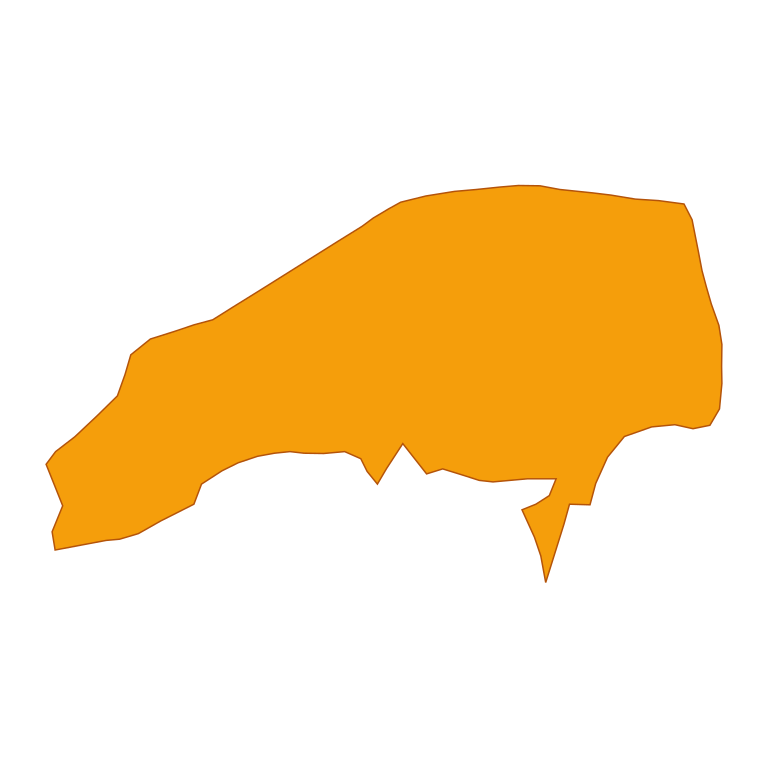 the district of Raposa, Brazil
{"feature_id": "56859067B6565916351535", "entity_name": "Raposa", "entity_type": "district", "adm_level": 2, "iso_a3": "BRA", "parent_name": "Brazil", "parent_adm1": "", "projection": "robinson", "projection_center": [-44.091, -2.442], "detail": "fine", "context": "isolated", "style": "filled", "palette": "amber", "viewbox_px": 768, "rotation_deg": 0, "n_neighbors": 0, "source": "geoboundaries", "source_scale": "gbopen_adm2", "svg_char_len": 1191}
<svg xmlns="http://www.w3.org/2000/svg" viewBox="0 0 768 768"><path d="M545.7,582.5L564.0,524.0L569.5,504.2L590.0,504.8L595.7,483.5L607.5,457.2L624.4,436.5L651.7,426.9L674.9,424.7L693.0,428.7L709.9,425.3L719.5,408.9L721.9,383.5L721.6,366.5L721.9,344.5L718.9,325.4L711.3,304.0L706.3,286.7L702.0,270.6L698.4,251.7L695.2,235.6L692.1,219.8L684.0,204.0L658.5,200.6L635.3,199.1L611.0,195.1L592.7,192.9L559.9,189.5L540.0,185.8L518.4,185.5L500.4,187.0L476.3,189.5L454.5,191.4L425.8,196.0L400.7,202.2L388.9,208.7L373.3,218.0L362.1,226.3L338.1,241.2L263.3,288.2L232.9,307.1L212.7,319.8L194.4,324.7L174.2,331.5L150.4,339.0L130.8,354.8L125.0,374.6L117.4,395.9L96.9,416.0L74.8,436.8L55.6,451.6L46.1,464.3L54.8,486.0L62.7,505.8L52.1,531.8L55.1,550.0L84.3,544.5L106.2,540.4L119.6,539.2L138.4,533.6L160.8,520.9L193.9,504.2L201.5,484.1L222.0,470.8L238.1,462.8L257.5,456.3L274.5,453.2L290.0,451.6L304.0,453.2L323.6,453.5L344.7,451.6L360.8,458.7L367.1,471.4L377.4,484.1L386.7,468.3L402.8,443.6L426.6,473.9L442.7,468.9L460.8,474.5L479.3,480.4L493.0,481.9L527.4,478.8L556.1,478.8L549.3,495.6L535.9,504.2L522.0,509.8L534.5,537.3L540.8,555.9L545.7,582.5Z" fill="#f59e0b" stroke="#b45309" stroke-width="1.5"/></svg>